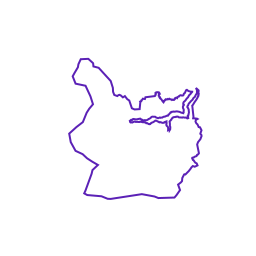 Luster nor, Sogn og Fjordane, Norway (Albers equal-area conic projection), rotated 226°
{"feature_id": "86288312B33434910544397", "entity_name": "Luster nor", "entity_type": "district", "adm_level": 2, "iso_a3": "NOR", "parent_name": "Norway", "parent_adm1": "Sogn og Fjordane", "projection": "albers", "projection_center": [7.392, 61.52], "detail": "fine", "context": "isolated", "style": "outline", "palette": "violet", "viewbox_px": 256, "rotation_deg": 226, "n_neighbors": 0, "source": "geoboundaries", "source_scale": "gbopen_adm2", "svg_char_len": 5888}
<svg xmlns="http://www.w3.org/2000/svg" viewBox="0 0 256 256"><g transform="rotate(226 128 128)"><path d="M109.6,204.7L107.2,203.8L105.2,201.8L105.0,201.5L104.9,200.4L104.5,199.0L104.2,198.5L103.9,197.4L104.1,196.4L104.0,195.5L103.5,194.1L103.6,192.0L103.4,190.2L103.4,189.3L103.2,188.2L102.5,186.9L102.4,185.9L101.8,185.2L100.5,185.0L99.0,184.4L97.9,183.4L97.1,182.9L96.8,182.6L96.0,181.3L95.4,180.7L95.4,180.1L95.2,179.3L94.9,179.2L94.6,179.3L94.1,178.6L93.8,178.6L93.6,178.4L93.7,178.2L93.3,178.1L93.4,177.8L93.7,177.3L94.0,177.2L94.5,177.3L95.3,177.0L95.8,176.2L97.1,175.3L97.6,174.8L97.8,174.2L98.2,174.0L98.7,173.4L99.5,172.8L100.0,172.2L100.6,171.9L101.5,171.8L102.1,171.2L102.4,170.6L102.7,170.5L103.1,169.5L103.8,168.8L104.2,168.1L104.3,167.9L104.2,167.7L104.4,166.9L104.3,166.6L104.3,165.9L103.9,165.0L104.0,164.4L103.8,164.0L103.9,163.8L103.8,162.5L103.6,162.2L102.8,161.8L102.4,161.4L101.8,161.0L100.7,159.8L100.5,159.7L99.3,159.1L97.8,157.5L97.6,157.0L97.6,156.9L97.4,156.1L97.7,156.3L98.3,156.1L98.4,156.3L98.6,156.2L98.6,155.8L98.9,155.8L99.0,156.0L99.0,155.8L99.6,156.5L99.9,156.6L100.5,157.2L101.1,157.4L103.0,157.4L103.9,158.0L104.2,158.7L104.8,158.9L105.3,159.7L105.7,159.6L106.1,160.1L106.7,158.7L106.8,158.5L106.7,158.4L106.9,157.8L106.8,157.6L107.5,156.6L108.2,156.1L109.0,155.8L109.8,155.3L109.7,155.1L110.1,154.6L110.7,154.3L111.3,154.3L112.0,153.9L113.5,153.5L114.1,153.1L114.4,152.6L114.3,152.3L114.5,151.5L114.6,150.6L114.9,149.7L115.4,148.6L115.5,148.0L115.4,147.9L115.5,147.5L115.4,146.7L115.6,146.5L115.7,146.2L116.3,145.9L116.5,145.6L117.0,145.5L117.3,145.2L117.1,145.1L118.1,145.2L118.7,144.5L119.1,144.6L119.8,144.2L120.1,144.3L121.3,143.3L121.7,142.7L123.5,142.0L123.8,141.5L123.7,141.4L124.2,141.1L124.3,140.8L124.3,140.5L124.6,140.1L126.1,138.8L126.3,138.5L126.9,138.1L127.0,137.8L127.6,137.5L128.3,136.9L128.5,136.5L128.5,136.2L128.6,135.9L128.9,135.5L128.8,135.4L129.0,134.8L129.7,134.4L129.9,134.0L130.2,133.7L130.9,133.7L131.3,133.9L131.5,134.1L131.3,134.3L131.7,134.4L131.6,134.6L131.7,134.8L131.8,135.1L131.7,135.9L131.1,136.2L130.9,136.5L131.1,137.4L130.6,138.3L128.9,139.5L127.9,140.6L127.7,140.8L127.5,141.5L127.2,141.7L126.8,142.6L126.4,142.9L126.2,143.3L125.7,143.3L124.2,143.9L122.9,144.1L122.5,144.8L122.4,145.1L120.8,146.6L120.6,146.9L120.2,148.2L120.2,149.1L119.9,149.5L119.7,150.3L119.6,150.7L119.5,151.3L119.6,151.6L119.6,152.6L119.3,153.3L117.3,155.3L116.3,155.5L116.0,155.5L115.3,155.9L114.3,156.3L114.0,156.7L113.8,157.3L113.5,158.1L112.9,158.3L112.8,158.7L111.8,159.7L111.6,160.3L111.6,160.6L111.4,161.3L110.9,162.1L110.6,162.3L110.1,163.7L110.0,164.2L109.1,165.3L109.2,165.7L109.5,166.3L109.3,166.6L109.5,168.6L109.4,169.1L109.6,169.1L109.7,169.6L109.3,170.2L109.3,170.6L108.9,171.2L108.5,171.5L108.3,172.1L107.3,172.9L106.3,174.4L105.5,175.1L103.8,176.3L102.2,176.9L100.4,178.0L100.5,178.1L100.5,178.8L101.3,179.5L101.8,180.2L102.6,180.9L104.3,181.5L105.0,182.1L105.4,182.6L105.8,184.3L106.1,184.4L106.5,184.2L106.7,184.5L107.2,184.7L107.8,185.6L108.0,186.3L107.9,187.7L108.0,189.0L108.3,190.0L108.3,190.5L108.4,191.2L108.4,192.5L109.1,194.6L109.1,195.6L109.0,196.3L109.1,196.8L109.3,197.6L109.3,198.8L109.4,199.3L109.5,199.4L110.8,198.2L112.7,197.1L114.5,196.9L114.8,196.5L114.8,196.3L114.7,195.7L113.7,193.2L113.7,192.6L113.9,192.3L113.8,191.8L113.2,190.9L113.2,190.1L114.1,189.1L114.7,188.9L115.2,188.4L115.2,188.2L115.5,186.8L115.3,186.5L115.5,186.2L115.7,185.5L115.8,184.8L115.5,184.3L116.1,184.2L116.4,183.7L116.6,183.0L116.3,183.0L116.2,182.7L116.5,182.3L116.5,182.1L116.3,181.9L116.5,181.2L116.2,180.8L116.7,180.1L117.0,180.1L117.2,179.7L117.5,179.6L117.6,179.3L117.8,179.4L118.0,179.1L118.3,178.8L118.9,178.8L119.4,178.4L119.5,178.2L120.4,178.0L120.4,177.3L120.5,177.1L120.7,176.9L121.3,176.7L121.3,176.0L121.8,175.5L122.4,175.3L122.5,175.1L122.5,174.9L122.5,174.6L122.2,174.3L122.4,173.8L122.2,173.3L122.4,173.0L122.3,172.8L122.5,172.6L122.0,172.0L121.8,171.4L122.4,171.4L122.6,171.7L123.6,171.5L125.3,171.9L126.6,171.8L127.0,172.0L127.2,171.7L128.1,171.9L128.2,172.3L128.7,172.3L128.8,172.5L129.9,172.5L130.5,173.3L130.4,173.4L130.6,173.8L130.5,174.4L131.2,174.4L131.2,174.8L131.5,174.9L131.8,174.8L131.8,174.6L132.3,174.9L132.8,174.5L132.9,174.3L133.4,174.0L134.1,173.0L134.0,172.6L133.8,172.5L133.9,172.2L133.7,172.2L133.6,171.8L133.2,171.2L132.9,171.3L132.7,171.1L132.6,170.4L132.4,170.2L132.3,169.5L138.0,161.9L137.1,160.3L138.8,159.0L138.4,157.8L138.6,156.7L138.0,156.1L138.5,155.1L138.2,155.0L133.5,149.5L136.8,145.6L139.5,144.5L146.9,148.0L149.3,147.5L153.1,147.9L153.6,145.6L156.6,145.4L157.9,144.8L158.3,143.8L158.4,142.5L161.3,141.1L164.4,142.4L167.4,145.0L173.8,148.2L191.7,148.7L196.3,145.9L198.7,147.8L199.0,147.9L205.3,147.5L210.3,141.8L208.3,136.6L206.5,134.2L204.8,128.0L203.6,124.1L196.3,121.1L187.9,126.8L176.9,123.0L169.4,119.3L168.8,113.5L167.7,108.9L163.6,99.6L164.5,91.5L164.8,81.8L157.6,77.0L148.0,74.4L140.7,77.2L134.7,77.5L128.6,78.9L122.3,80.7L122.4,73.2L120.4,70.1L119.9,69.1L112.6,54.1L111.4,51.1L108.1,52.1L97.3,61.5L91.2,64.2L89.0,66.3L70.8,92.0L60.3,99.5L56.5,101.2L45.7,113.1L46.0,116.2L47.2,122.3L52.5,124.7L52.1,128.4L52.3,130.0L54.3,132.3L55.6,136.1L55.4,136.6L54.7,137.0L54.8,140.5L54.8,141.7L55.3,145.1L55.6,146.1L55.6,148.2L53.8,149.1L52.8,152.0L54.7,152.8L56.6,152.3L59.4,152.8L59.9,152.5L61.8,153.2L61.9,153.7L61.1,154.9L61.1,155.8L60.6,157.0L60.3,157.5L60.3,158.4L60.7,159.1L60.3,160.2L60.6,161.5L68.1,166.3L69.2,168.6L69.7,172.3L71.1,175.3L72.1,176.0L73.2,175.9L73.7,176.1L75.3,179.3L78.5,180.3L79.6,179.5L81.4,180.2L82.5,180.5L83.9,180.4L85.7,181.0L86.7,182.5L86.2,184.3L86.9,184.1L87.8,183.2L88.2,183.0L89.7,181.6L90.6,182.9L99.5,189.8L99.5,190.6L100.3,193.6L101.0,197.3L101.3,198.0L101.6,199.4L102.2,200.2L102.1,200.7L102.8,201.5L102.7,201.6L103.6,202.8L104.3,203.0L105.3,204.1L105.6,204.6L106.1,204.9L109.6,204.7Z" fill="none" stroke="#5b21b6" stroke-width="2"/></g></svg>